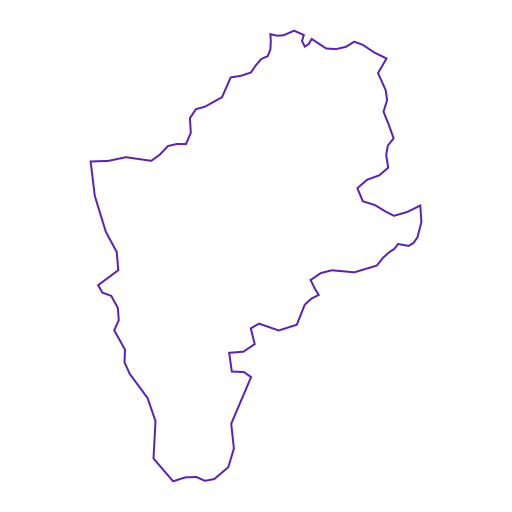 the Province of Sliven
{"feature_id": "BGR-2231", "entity_name": "Sliven", "entity_type": "Province", "adm_level": 1, "iso_a3": "BGR", "parent_name": "Bulgaria", "parent_adm1": "", "projection": "equal_earth", "projection_center": [26.271, 42.597], "detail": "fine", "context": "isolated", "style": "outline", "palette": "violet", "viewbox_px": 512, "rotation_deg": 0, "n_neighbors": 0, "source": "natural_earth", "source_scale": "10m", "svg_char_len": 1381}
<svg xmlns="http://www.w3.org/2000/svg" viewBox="0 0 512 512"><path d="M173.1,481.3L153.5,458.5L155.5,421.2L147.6,398.1L129.7,373.8L124.5,362.3L125.0,349.6L114.2,330.3L118.8,320.2L117.8,307.9L111.2,295.8L102.4,292.7L98.1,285.2L118.3,270.2L116.7,252.0L105.8,231.7L94.8,195.9L90.6,161.5L108.3,160.9L125.8,157.2L151.3,160.8L159.9,154.6L168.0,146.0L176.9,144.0L186.0,144.1L190.8,132.9L189.9,118.2L195.9,109.2L205.1,106.6L222.0,97.2L230.7,77.4L241.0,75.8L250.9,72.5L255.8,65.3L261.4,58.9L267.8,56.1L270.4,49.2L270.8,41.4L270.4,34.2L277.0,35.7L283.5,35.3L294.1,30.7L303.8,35.0L302.0,41.0L304.8,46.6L308.7,44.0L311.7,39.0L326.2,48.5L336.1,49.1L345.7,46.9L354.3,41.7L362.9,44.9L374.3,52.5L386.5,58.5L378.0,73.1L385.7,90.2L387.1,100.2L383.5,111.7L389.0,125.3L393.6,138.3L387.8,145.7L386.2,155.0L388.2,167.7L379.3,175.3L367.1,179.7L357.4,188.2L362.8,201.3L375.1,205.1L384.6,211.0L394.0,215.8L407.4,211.9L420.3,205.5L421.4,222.2L417.5,237.2L413.5,243.0L408.5,245.9L398.1,244.0L394.3,248.9L388.8,252.5L382.8,258.0L376.9,265.5L354.4,272.3L332.0,270.3L320.9,273.0L310.6,280.0L314.6,288.2L318.7,294.9L311.4,298.6L304.8,304.6L296.8,324.7L278.7,330.5L259.0,323.6L250.8,328.4L254.7,344.1L243.3,351.7L229.2,352.8L231.8,371.5L244.0,372.1L251.1,377.1L231.2,423.8L233.9,448.5L228.3,467.2L214.2,479.1L204.9,480.8L196.4,477.0L185.1,477.4L173.1,481.3Z" fill="none" stroke="#5b21b6" stroke-width="2"/></svg>